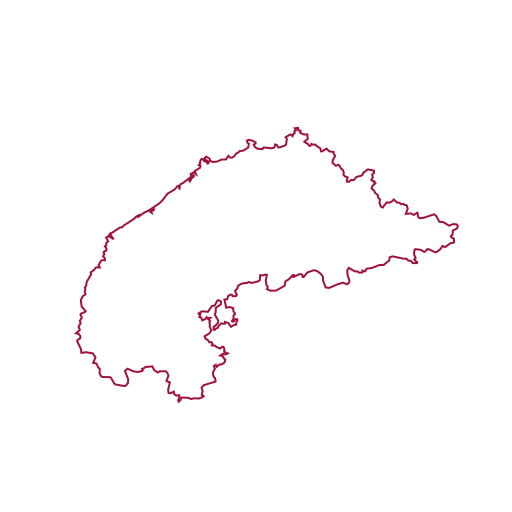 map outline of Karnataka (Natural Earth projection), rotated 68°
{"feature_id": "IND-2446", "entity_name": "Karnataka", "entity_type": "State", "adm_level": 1, "iso_a3": "IND", "parent_name": "India", "parent_adm1": "", "projection": "natural_earth1", "projection_center": [76.378, 15.043], "detail": "fine", "context": "isolated", "style": "outline", "palette": "rose", "viewbox_px": 512, "rotation_deg": 68, "n_neighbors": 0, "source": "natural_earth", "source_scale": "10m", "svg_char_len": 6130}
<svg xmlns="http://www.w3.org/2000/svg" viewBox="0 0 512 512"><g transform="rotate(68 256 256)"><path d="M182.7,388.1L182.7,386.3L181.3,383.9L183.0,384.7L187.1,381.6L182.6,382.8L180.9,382.5L178.6,371.5L179.3,369.6L178.3,367.6L175.9,355.3L174.6,352.4L174.2,347.4L174.8,350.4L175.6,350.6L174.0,344.0L173.5,337.8L174.0,338.0L174.2,337.0L175.7,337.4L176.9,336.6L175.8,336.5L174.6,334.7L175.3,334.2L174.6,333.2L173.2,336.2L171.0,326.1L169.5,322.1L165.1,314.7L163.7,306.0L161.8,302.6L162.0,301.2L165.8,302.0L161.8,300.1L161.2,299.1L161.0,296.5L158.0,285.8L159.9,289.7L160.8,289.7L160.5,288.7L161.8,288.9L159.1,285.8L159.4,284.9L158.4,284.9L158.4,283.4L157.6,283.8L157.4,286.1L155.5,285.9L155.2,282.4L157.4,281.0L154.3,281.1L153.2,274.8L151.6,273.7L150.3,275.0L149.3,273.0L148.2,273.0L146.2,271.2L145.2,269.4L146.1,270.0L147.0,267.9L148.6,268.6L150.1,266.4L152.2,266.4L152.3,265.7L151.0,264.3L147.6,267.0L146.2,267.4L145.2,265.0L148.3,262.7L150.5,262.6L152.6,261.1L153.9,256.6L153.7,252.0L155.2,247.6L152.7,244.1L155.1,243.0L155.8,241.7L155.5,239.0L153.6,236.1L153.5,233.7L152.6,232.1L153.5,228.4L152.6,222.7L149.3,220.6L147.8,221.5L145.8,221.3L145.4,219.7L147.6,216.2L150.4,213.8L151.4,214.1L151.9,216.4L154.7,216.1L157.2,214.3L159.3,210.0L158.2,208.2L161.7,201.8L162.3,199.4L162.0,197.9L159.8,196.4L161.0,195.0L163.8,194.6L164.2,193.0L164.4,187.8L163.9,186.4L159.0,183.5L156.9,184.0L156.1,178.6L158.6,177.2L156.9,175.8L156.5,174.0L154.7,173.7L154.1,171.7L152.1,172.2L153.0,169.1L155.4,169.8L156.5,167.7L158.4,168.9L161.3,166.1L162.5,162.9L166.9,164.2L168.2,168.4L171.7,165.9L173.8,165.3L174.2,164.1L172.8,162.6L174.2,161.4L175.0,159.1L176.6,158.7L180.3,156.0L183.3,156.5L183.8,155.4L182.8,150.5L186.5,148.8L188.6,145.1L190.4,145.6L192.8,145.1L196.2,149.2L198.6,150.1L202.3,148.1L202.3,145.4L203.0,144.8L206.4,144.5L208.7,143.3L211.4,143.3L213.7,144.5L215.9,143.4L217.5,141.5L220.1,143.7L221.3,143.7L222.0,141.8L221.1,139.3L222.3,137.1L220.3,133.2L221.0,128.3L220.6,126.7L219.1,125.5L217.6,119.8L221.1,114.7L223.0,115.3L223.9,117.7L227.0,118.3L228.4,120.5L229.1,120.6L231.4,118.2L232.1,119.0L233.3,118.2L234.7,121.9L236.6,123.5L240.2,121.9L241.7,122.1L245.3,120.2L247.5,120.9L250.1,119.8L252.8,121.6L257.2,121.7L258.5,120.4L255.3,114.9L256.5,112.5L256.3,109.4L255.2,107.0L259.0,105.4L260.5,103.0L262.5,101.9L262.9,99.9L264.2,99.2L265.5,97.3L269.0,97.6L273.1,101.3L274.5,96.4L277.0,94.4L276.3,90.2L281.1,91.0L282.3,89.9L283.3,86.9L284.1,75.2L286.5,73.9L293.0,73.2L294.8,69.6L300.2,65.6L300.3,61.1L302.0,58.0L304.4,57.8L305.8,59.5L306.1,63.9L310.0,65.9L310.5,67.9L311.7,67.9L314.1,66.0L317.7,67.4L317.0,70.7L318.6,77.6L316.5,79.3L318.7,82.4L319.9,86.8L319.6,88.6L314.4,93.3L313.8,94.7L315.2,97.2L315.2,98.6L311.9,101.0L309.3,105.8L309.9,106.8L313.3,108.8L317.8,108.8L318.6,110.6L322.3,108.9L322.9,109.5L321.2,113.4L318.6,114.1L317.2,116.6L315.0,117.4L313.5,120.6L307.5,129.5L307.3,132.6L310.0,134.1L312.1,140.9L310.6,145.0L310.5,153.3L309.3,157.6L309.4,158.6L311.1,160.4L309.4,162.8L311.1,163.3L310.2,166.5L308.3,167.6L307.4,170.0L301.8,174.4L303.6,176.9L308.6,178.3L313.5,178.5L315.4,179.5L316.4,182.0L313.4,185.3L312.8,190.9L313.0,200.3L311.2,203.2L304.3,203.0L300.3,201.8L297.2,202.4L292.8,205.0L290.8,207.8L290.5,214.3L293.3,219.8L292.9,220.6L291.0,220.1L289.7,221.1L289.1,222.9L289.5,228.8L289.2,229.3L287.8,228.2L287.5,229.1L289.9,234.3L290.4,238.1L294.3,240.6L295.6,250.3L293.5,255.8L290.9,258.2L288.8,256.6L286.6,257.2L282.4,256.1L277.5,253.0L276.6,254.8L276.5,257.4L275.3,259.3L279.8,261.5L280.4,263.1L279.3,270.4L277.4,272.2L277.6,274.8L276.5,277.8L276.3,281.0L277.1,284.1L278.9,285.1L280.6,288.6L284.8,288.3L285.7,289.5L284.6,292.7L282.9,292.9L282.2,294.3L282.7,296.9L285.3,298.8L284.6,301.6L292.8,303.0L293.3,299.8L295.8,296.6L298.4,297.6L301.9,297.1L302.5,299.0L305.4,300.2L307.4,302.7L308.4,301.9L306.9,298.4L307.7,297.1L309.0,297.5L309.9,299.1L312.2,300.0L311.7,302.6L312.3,305.7L307.8,306.8L305.5,309.4L307.1,310.3L305.5,313.5L306.8,316.9L308.3,318.3L308.3,320.4L309.1,322.1L308.4,322.9L305.7,321.8L305.6,320.1L303.5,315.9L301.3,315.2L294.8,316.2L293.3,314.6L289.0,312.7L287.6,306.6L285.1,305.6L283.0,307.1L282.9,308.6L286.3,312.6L286.0,315.9L289.7,321.5L287.0,326.9L287.7,330.8L288.2,330.9L288.9,329.3L291.3,331.4L292.4,329.9L295.5,330.0L295.5,326.3L294.2,324.7L295.4,324.0L296.3,321.7L297.0,323.8L299.0,322.8L300.2,324.2L302.0,324.2L303.7,325.3L308.3,325.4L310.3,328.3L311.2,333.8L313.7,333.8L316.5,331.8L318.6,331.6L319.2,329.5L321.0,329.2L322.4,330.4L323.6,327.7L325.6,326.7L328.3,324.0L327.5,321.3L328.0,320.2L331.1,320.3L332.8,321.4L335.7,318.7L335.8,321.3L334.3,323.4L334.9,326.4L336.8,324.1L338.9,324.2L340.4,323.2L342.7,324.8L343.3,326.4L343.6,328.3L342.9,330.8L344.0,333.9L341.8,334.0L342.2,336.3L345.1,336.3L347.9,339.6L350.3,340.3L352.3,340.5L353.9,339.7L357.3,340.5L356.2,352.7L357.7,355.8L361.6,356.2L364.4,358.3L366.3,357.0L366.7,357.5L366.8,362.2L364.8,366.5L364.2,370.0L362.2,371.7L359.3,378.2L361.1,379.7L362.1,382.2L360.7,382.2L357.6,379.7L356.1,379.5L355.7,382.1L355.1,382.6L353.1,383.6L351.0,383.0L351.2,386.6L350.3,388.4L347.0,387.5L340.9,383.2L338.3,385.9L334.2,382.0L331.2,382.0L329.0,382.8L326.8,388.8L327.2,390.8L323.5,393.2L319.5,393.5L317.5,400.1L318.1,401.9L317.9,403.8L319.6,403.8L320.0,404.6L319.3,409.0L317.1,412.8L312.4,417.3L313.3,420.5L322.4,420.7L325.9,422.4L327.5,425.5L327.3,426.7L322.6,434.2L321.2,435.2L315.0,436.0L313.6,436.8L310.8,443.4L309.6,444.6L306.1,445.0L302.2,443.1L300.3,444.0L295.8,444.3L294.1,447.0L289.9,442.8L285.2,443.7L281.6,449.6L280.4,454.2L276.9,453.2L267.8,453.7L266.9,453.0L266.6,450.1L264.6,448.8L262.0,449.5L260.3,451.8L258.6,447.0L255.0,447.0L252.5,443.7L250.1,443.7L247.9,440.5L244.9,440.8L243.9,440.0L243.8,435.4L243.2,434.6L237.6,436.6L231.2,434.9L228.5,431.9L227.7,428.5L224.8,428.0L222.9,426.6L221.2,426.6L220.0,424.7L216.6,422.7L211.1,415.6L209.3,415.4L208.3,411.6L206.8,409.0L206.9,407.6L208.2,405.2L205.3,405.2L202.4,401.4L202.2,400.5L203.4,397.7L201.2,397.0L199.0,397.9L197.4,395.8L195.5,396.0L194.8,394.6L195.0,392.9L193.0,391.8L190.4,392.5L190.1,390.9L187.9,390.1L187.0,387.5L182.7,388.1Z" fill="none" stroke="#9f1239" stroke-width="2"/></g></svg>